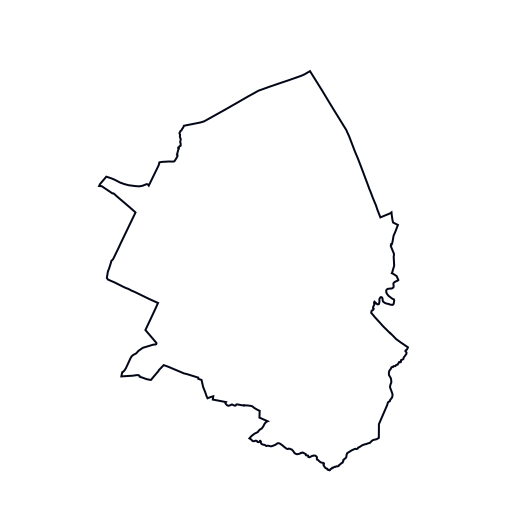 outline of Tezontepec de Aldama, Hidalgo, Mexico, rotated 193°
{"feature_id": "50627088B81234283975343", "entity_name": "Tezontepec de Aldama", "entity_type": "district", "adm_level": 2, "iso_a3": "MEX", "parent_name": "Mexico", "parent_adm1": "Hidalgo", "projection": "orthographic", "projection_center": [-99.302, 20.174], "detail": "fine", "context": "isolated", "style": "outline", "palette": "ink", "viewbox_px": 512, "rotation_deg": 193, "n_neighbors": 0, "source": "geoboundaries", "source_scale": "gbopen_adm2", "svg_char_len": 5936}
<svg xmlns="http://www.w3.org/2000/svg" viewBox="0 0 512 512"><g transform="rotate(193 256 256)"><path d="M221.4,76.8L219.8,76.3L217.9,75.1L217.3,74.9L216.6,75.0L216.0,75.2L214.8,76.0L214.3,76.0L213.5,75.9L212.6,75.1L211.8,75.2L211.3,75.4L210.9,75.8L210.6,76.8L210.4,76.9L210.1,76.8L209.6,76.4L209.2,75.1L209.0,74.7L208.5,74.2L207.7,73.9L206.3,73.8L205.3,73.9L204.9,73.8L204.0,73.5L203.6,73.3L203.1,73.2L202.5,73.6L201.4,73.9L198.8,73.9L197.9,74.2L195.9,75.5L194.2,76.8L193.4,77.9L192.3,78.6L191.1,78.7L189.7,78.3L187.6,77.4L185.1,76.1L182.8,75.1L181.4,75.1L180.7,75.7L180.1,75.8L179.1,75.6L177.7,75.5L175.7,74.2L174.6,73.0L173.7,72.5L172.3,72.1L171.4,72.1L169.9,72.7L168.0,74.0L167.9,74.3L167.2,74.4L166.5,75.0L166.1,75.0L164.0,74.4L163.2,74.3L163.0,74.1L162.7,73.3L162.3,73.1L161.7,73.1L160.5,73.3L160.1,72.9L159.8,72.0L158.7,71.9L158.2,72.2L156.5,73.7L155.9,74.1L155.2,74.2L154.8,74.6L153.4,74.8L152.3,74.4L151.5,73.8L151.3,73.5L151.1,71.9L150.7,71.4L149.7,71.2L149.3,71.0L148.3,70.3L146.5,69.5L143.5,69.4L143.1,69.1L143.0,68.2L143.3,67.6L142.4,66.6L140.9,65.2L140.1,64.9L138.6,64.7L138.4,64.5L138.3,64.0L138.1,63.9L137.2,63.9L136.2,63.7L135.8,64.0L135.5,65.0L134.8,65.7L134.4,65.9L134.0,66.9L133.3,66.9L132.0,68.3L131.1,68.4L130.4,69.1L129.2,69.4L128.6,69.7L128.2,70.1L128.2,70.7L127.8,71.1L126.9,72.2L126.2,73.3L125.3,74.0L125.0,74.5L125.1,75.5L124.8,75.9L124.8,76.4L125.0,76.9L123.1,79.5L122.8,80.3L123.0,82.9L122.8,84.4L118.9,88.3L116.8,89.9L115.8,90.5L115.0,90.5L114.2,90.7L113.5,91.4L113.4,92.2L112.1,93.2L110.0,95.4L108.0,96.8L106.4,97.5L104.5,98.8L103.1,99.4L101.7,101.7L100.5,103.0L98.6,104.0L97.3,104.6L95.4,106.4L98.4,119.8L94.7,140.0L94.5,143.0L93.9,143.9L93.1,144.4L92.8,145.0L92.9,145.9L91.6,148.7L91.6,151.0L92.2,152.6L95.8,158.1L96.1,159.5L96.0,161.4L95.7,163.3L96.5,165.9L97.1,167.2L99.7,170.0L100.3,172.4L100.3,173.5L100.1,174.7L99.3,176.3L99.0,177.9L98.8,178.2L98.1,178.4L97.6,178.6L97.5,179.2L97.1,179.7L95.8,179.9L95.4,180.2L94.9,181.3L94.5,181.6L93.6,182.0L93.5,182.6L93.1,183.3L92.8,184.7L92.6,185.0L91.6,184.9L91.1,185.1L91.0,185.8L91.2,186.7L91.2,187.2L90.0,188.0L89.4,188.5L89.2,189.0L89.3,189.8L89.1,190.7L88.6,191.7L87.5,194.3L87.5,195.4L87.8,196.0L89.0,196.8L89.0,197.7L88.3,198.3L87.8,199.1L87.4,201.2L96.4,204.7L100.8,206.6L107.8,211.1L107.9,210.9L116.0,215.9L126.8,223.4L131.0,226.6L131.0,228.7L129.7,229.9L129.5,230.9L129.5,231.1L130.1,231.3L130.3,232.1L130.3,233.2L129.7,235.7L130.4,236.7L130.5,237.2L130.3,238.1L129.2,237.5L127.1,236.3L126.3,236.3L125.9,236.5L125.6,236.7L125.4,237.2L125.4,239.2L126.1,241.6L125.9,242.6L125.3,243.9L124.9,244.1L124.1,244.0L123.6,243.6L123.2,243.1L123.0,242.6L122.8,241.8L122.1,240.4L121.4,239.9L119.6,239.2L117.6,239.0L116.2,239.1L114.1,238.8L112.0,239.1L111.6,239.4L111.4,239.8L111.1,240.4L111.3,243.6L111.5,244.1L112.0,244.8L113.1,244.9L116.7,246.4L117.9,247.0L119.7,248.4L120.8,249.8L121.3,251.3L121.2,252.3L120.7,253.2L119.6,253.9L116.4,254.9L115.5,255.7L115.0,256.5L115.0,257.1L115.4,258.6L115.8,259.4L115.9,260.2L115.7,261.0L114.5,262.4L112.4,263.9L111.9,264.6L114.5,268.1L118.4,269.5L119.8,269.8L119.6,270.8L119.2,277.7L121.7,286.3L121.8,287.9L122.1,289.2L126.9,296.0L127.0,296.4L126.9,296.8L126.6,297.1L127.1,297.9L126.2,298.5L126.2,301.2L126.5,306.7L125.8,310.4L124.7,318.2L129.8,319.4L130.2,319.8L131.5,322.7L133.0,326.6L133.8,329.0L134.8,327.8L143.5,321.6L147.8,327.9L150.7,332.6L155.1,338.7L159.1,344.7L161.0,347.3L161.5,348.2L173.1,365.7L178.3,373.4L183.0,379.9L192.2,393.6L195.3,397.6L196.3,399.0L216.1,419.0L229.4,432.7L245.0,448.3L245.9,447.3L247.0,446.4L249.5,444.0L252.4,441.8L265.5,433.5L269.8,430.9L281.2,423.8L290.8,417.6L299.7,409.6L317.9,392.7L337.0,375.4L340.2,373.6L355.5,366.7L355.9,364.6L356.5,363.3L356.9,361.6L357.3,361.2L357.8,360.6L357.9,359.8L358.0,359.5L358.2,358.8L358.1,358.1L357.4,357.4L357.2,356.8L357.1,355.5L356.6,354.3L355.6,353.0L355.5,349.9L355.0,349.2L354.5,347.9L354.3,346.8L354.3,346.5L354.4,346.2L355.2,345.8L355.4,345.5L355.5,345.2L355.5,344.6L355.7,343.6L355.4,343.6L355.4,343.4L355.9,343.5L355.6,342.8L355.8,337.0L355.4,337.0L355.0,336.0L355.0,335.6L355.7,333.0L356.6,330.4L357.0,329.8L357.3,329.6L359.5,329.0L361.7,328.6L368.9,326.5L371.2,325.5L371.2,323.4L371.4,321.8L376.3,300.5L377.0,301.1L377.6,301.4L378.3,301.5L378.7,301.4L381.0,299.9L382.2,299.0L385.4,297.6L389.1,297.0L396.1,296.3L401.1,296.5L403.1,296.8L404.6,296.9L411.2,298.6L415.0,299.2L419.7,299.6L424.1,291.1L424.6,288.9L422.0,289.3L410.0,284.7L409.4,284.9L408.5,284.8L404.6,282.6L390.5,275.3L383.8,271.7L383.2,271.3L390.8,237.5L391.7,233.1L394.4,221.3L394.9,220.0L395.8,218.8L395.8,217.5L396.2,212.2L396.8,207.2L396.4,201.0L394.8,199.7L387.7,198.4L377.4,195.9L375.3,195.5L373.3,195.3L369.1,194.2L366.1,193.7L350.0,190.0L340.9,188.2L342.6,179.8L347.1,159.0L335.5,150.4L334.0,149.3L333.4,148.7L333.3,148.2L333.4,147.7L334.0,147.2L335.9,146.6L336.7,146.2L345.6,141.1L349.3,137.0L350.5,134.7L351.2,133.8L352.8,132.5L353.5,131.8L354.1,131.0L354.6,130.2L355.2,128.5L357.6,117.1L358.5,114.7L359.7,112.9L360.1,112.8L360.2,110.6L360.1,108.4L349.3,111.6L345.7,113.0L343.6,113.5L342.4,112.9L342.3,112.3L342.1,112.2L341.3,112.0L340.5,112.1L335.0,111.4L331.2,111.5L330.4,111.7L329.1,114.4L325.1,122.1L325.1,122.7L321.4,128.9L316.9,128.4L299.7,125.4L296.7,125.4L284.9,124.5L284.6,123.3L281.2,123.0L278.0,116.4L275.0,112.1L272.5,108.1L271.2,106.5L268.7,108.2L266.1,109.7L265.8,106.4L252.4,106.9L252.7,106.2L252.7,105.6L251.3,104.5L250.4,104.0L249.7,103.9L249.1,103.9L248.0,104.5L246.8,105.3L246.2,105.9L245.7,105.9L244.5,105.6L242.8,105.4L242.3,105.7L242.0,106.1L241.8,106.7L241.6,107.0L240.9,107.2L234.1,107.5L234.1,108.0L232.4,108.1L230.4,108.5L228.1,108.7L227.0,108.8L225.8,108.7L223.6,107.6L219.4,106.3L217.6,106.0L216.3,99.3L207.5,97.6L208.3,97.0L209.3,95.7L210.0,94.1L210.5,91.9L211.4,89.6L212.1,88.7L212.8,88.2L213.7,86.9L214.3,85.8L214.3,85.5L214.7,84.8L217.5,82.5L219.3,80.3L220.3,78.9L221.4,76.8Z" fill="none" stroke="#020617" stroke-width="2"/></g></svg>